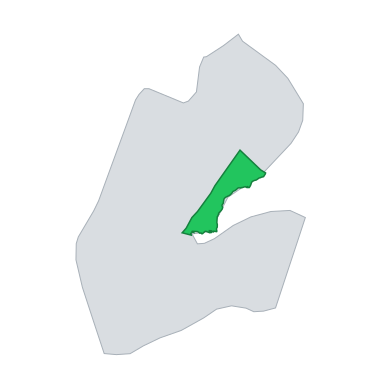 location of Tadjourah, Tadjourah, Djibouti, rotated 346°
{"feature_id": "41766387B13463549189785", "entity_name": "Tadjourah", "entity_type": "district", "adm_level": 2, "iso_a3": "DJI", "parent_name": "Djibouti", "parent_adm1": "Tadjourah", "projection": "albers", "projection_center": [42.755, 11.778], "detail": "fine", "context": "in_parent", "style": "filled", "palette": "green", "viewbox_px": 384, "rotation_deg": 346, "n_neighbors": 0, "source": "geoboundaries", "source_scale": "gbopen_adm2", "svg_char_len": 2023}
<svg xmlns="http://www.w3.org/2000/svg" viewBox="0 0 384 384"><g transform="rotate(346 192 192)"><path d="M295.8,244.2L282.2,265.8L264.8,293.3L245.0,324.7L232.6,324.9L223.0,323.1L216.4,317.8L202.8,312.0L187.5,311.6L172.9,317.0L148.1,323.7L125.7,325.8L107.7,329.5L92.8,333.9L79.3,331.5L67.7,327.5L65.2,294.2L62.6,258.0L63.0,229.7L67.2,214.1L70.8,208.1L92.0,186.6L99.3,177.9L123.4,142.3L144.1,111.8L159.5,89.0L164.2,84.5L170.7,80.2L175.3,81.4L205.2,103.5L210.5,102.9L220.5,96.0L229.6,72.5L236.0,63.9L238.7,64.2L257.9,57.6L275.2,50.1L277.5,57.9L303.8,89.4L312.5,104.9L321.4,133.3L316.8,149.2L309.9,159.5L299.8,168.8L264.6,191.4L225.5,205.8L200.5,234.6L181.9,232.7L184.7,243.6L191.6,244.8L202.5,242.7L224.0,234.4L243.2,230.4L263.8,230.0L282.6,233.6L295.8,244.2Z" fill="#d9dde1" stroke="#a8b0b8" stroke-width="1"/><path d="M248.7,163.0L215.8,191.4L209.8,197.9L192.6,212.3L185.7,216.8L177.6,225.7L172.6,229.2L180.9,233.7L180.9,232.8L180.6,232.2L180.8,231.9L182.6,231.2L182.4,230.8L182.5,230.4L183.2,230.7L184.0,231.7L184.1,231.4L183.8,230.5L187.5,231.6L188.3,232.2L188.5,232.4L189.7,233.9L190.8,233.9L191.4,234.9L192.1,235.0L195.1,233.4L196.0,233.5L199.3,235.8L201.1,236.0L201.6,235.6L200.4,234.6L199.4,234.1L199.5,233.7L200.8,234.1L201.3,234.2L202.6,235.6L203.2,235.9L203.6,235.3L206.3,236.4L206.7,235.9L206.7,234.5L207.0,233.3L208.0,232.2L208.7,229.7L208.7,227.8L210.0,223.6L210.4,222.3L211.3,221.4L211.9,220.5L212.4,220.2L212.7,219.0L215.9,217.0L217.2,215.8L218.0,214.5L217.8,212.7L218.0,211.9L219.6,210.5L221.2,206.7L222.5,205.6L223.5,205.2L227.8,204.3L230.1,203.0L231.8,201.4L232.8,201.2L234.6,200.8L237.6,199.3L238.5,199.2L239.9,199.8L240.9,199.6L241.5,199.9L245.0,199.7L245.9,200.7L246.7,201.0L246.9,200.2L247.2,200.2L248.0,201.4L248.7,201.5L250.2,200.0L251.0,198.9L251.7,197.7L252.5,196.8L253.3,196.3L253.5,196.3L255.0,195.9L257.1,195.9L257.3,195.9L260.7,194.6L262.0,194.7L263.0,194.4L264.3,194.5L265.2,194.4L267.5,192.2L268.0,191.3L263.9,187.1L248.7,163.0Z" fill="#22c55e" stroke="#15803d" stroke-width="1.5"/></g></svg>